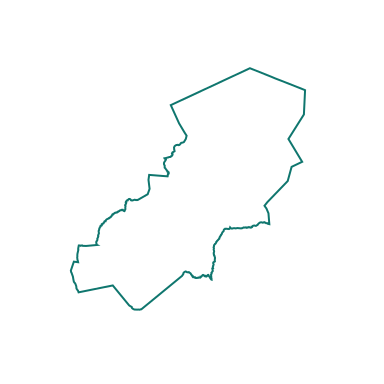 Rinconada, Jujuy, Argentina, rotated 155°
{"feature_id": "61730980B37720115941003", "entity_name": "Rinconada", "entity_type": "district", "adm_level": 2, "iso_a3": "ARG", "parent_name": "Argentina", "parent_adm1": "Jujuy", "projection": "mercator", "projection_center": [-66.377, -22.623], "detail": "fine", "context": "isolated", "style": "outline", "palette": "teal", "viewbox_px": 384, "rotation_deg": 155, "n_neighbors": 0, "source": "geoboundaries", "source_scale": "gbopen_adm2", "svg_char_len": 6120}
<svg xmlns="http://www.w3.org/2000/svg" viewBox="0 0 384 384"><g transform="rotate(155 192 192)"><path d="M174.5,279.7L174.7,259.6L173.6,248.9L173.1,245.3L175.2,242.7L178.2,240.7L179.5,240.7L180.9,241.1L181.7,240.9L182.1,240.5L183.4,240.0L183.9,240.0L184.3,240.1L184.5,240.5L185.0,240.8L185.7,240.9L186.3,241.2L187.5,241.1L188.5,240.8L189.5,239.9L189.8,239.0L190.2,238.1L190.2,237.5L190.6,236.3L191.9,236.2L192.2,236.1L192.7,236.2L193.1,235.6L193.6,235.7L193.9,235.5L194.0,235.1L194.0,234.6L193.8,234.2L194.3,233.6L194.9,233.3L195.3,233.2L195.9,233.3L196.4,232.9L196.8,232.9L197.8,233.3L198.9,233.4L199.2,233.4L199.6,233.6L201.1,233.7L201.9,234.0L202.7,234.2L202.7,233.9L202.4,233.5L201.9,233.1L201.9,232.6L201.9,232.4L203.0,231.6L204.0,231.1L205.1,230.2L205.4,229.6L205.7,228.7L205.6,227.4L205.9,226.9L206.5,225.6L206.4,225.3L206.1,224.8L206.1,224.1L205.7,222.5L205.8,222.0L205.4,221.4L205.4,221.1L205.6,220.8L205.2,220.4L205.1,220.0L204.9,219.9L204.9,219.5L205.0,219.2L205.4,219.1L205.3,218.9L205.4,218.5L205.7,218.3L206.2,218.3L206.9,217.6L207.3,217.1L207.2,216.8L207.5,216.5L223.6,225.6L226.3,221.4L229.1,212.8L233.1,208.7L244.7,207.7L245.2,208.1L245.9,208.2L246.4,208.5L247.1,209.2L249.6,209.5L250.0,209.8L250.4,209.9L250.8,210.3L250.8,211.0L251.1,211.7L251.5,212.1L252.3,212.3L252.6,212.1L253.4,212.0L253.8,211.6L254.3,211.9L254.8,211.8L255.4,211.3L255.7,210.8L255.9,210.6L256.2,210.9L256.4,210.7L256.2,209.9L256.6,209.5L256.9,209.4L257.1,209.0L257.9,208.6L258.2,208.3L258.3,208.0L258.1,207.6L258.2,207.3L259.1,206.0L259.4,205.1L259.9,204.3L260.2,204.1L260.6,204.0L261.1,203.3L261.3,203.2L261.4,203.3L261.7,203.6L261.7,204.1L261.8,204.3L262.2,204.3L262.4,204.7L262.4,205.2L263.0,205.3L263.3,205.6L263.7,205.6L264.0,205.4L264.9,205.8L265.3,205.6L266.0,205.4L266.7,205.6L267.1,205.3L267.6,205.5L268.3,205.1L269.1,205.5L269.3,205.5L269.5,205.4L269.8,205.3L270.3,205.7L270.9,205.7L271.3,205.5L271.7,205.5L272.4,205.2L272.7,205.4L272.9,205.3L273.4,205.3L273.5,204.9L274.1,204.9L274.7,204.6L274.8,204.3L275.4,204.1L275.7,203.8L276.3,203.8L276.7,203.5L277.4,203.6L278.1,203.2L278.6,203.5L279.3,203.2L280.3,203.3L281.1,203.2L282.0,202.8L282.6,202.1L283.0,202.4L283.6,202.4L283.8,202.1L284.1,202.0L284.3,201.7L284.8,201.6L285.4,201.0L286.4,201.1L286.8,200.7L287.3,200.9L287.6,200.2L288.0,199.8L288.4,199.8L288.8,200.1L289.1,200.1L289.7,199.2L290.6,198.9L291.2,198.1L291.8,197.7L292.1,197.0L293.1,196.1L293.5,195.0L293.6,194.5L293.8,193.9L294.5,193.3L294.9,192.7L295.4,192.5L295.8,191.2L296.2,191.0L296.4,190.6L297.5,189.8L297.6,189.2L298.0,188.8L298.3,188.2L298.7,187.9L299.4,187.7L299.8,187.3L300.3,186.3L300.3,185.7L300.7,185.0L300.7,184.5L300.4,184.1L310.9,187.9L312.8,188.9L313.7,189.3L314.2,190.1L315.7,190.3L316.0,190.8L317.2,191.4L318.8,189.2L319.4,188.2L319.4,187.7L321.8,184.6L322.6,183.3L323.1,182.1L323.7,181.2L324.5,178.8L324.5,178.2L324.9,176.5L328.5,178.8L335.0,172.0L335.4,170.4L335.3,169.9L335.7,165.6L336.4,163.1L337.0,160.6L336.8,159.4L336.6,158.9L336.5,158.3L336.7,155.6L337.5,153.3L337.2,151.3L337.0,150.9L337.2,149.0L303.3,140.8L296.9,115.8L296.1,114.5L295.2,113.3L295.4,112.4L295.4,112.1L294.9,111.1L294.4,110.4L293.8,109.8L291.5,108.6L290.0,108.0L289.3,107.5L288.9,107.4L288.2,107.4L287.5,107.1L236.4,120.2L235.7,120.7L234.9,121.0L234.6,121.3L234.4,121.7L233.8,122.3L232.6,122.7L231.6,122.7L231.2,122.6L230.4,121.4L229.7,121.0L229.4,120.9L229.3,120.7L228.9,120.7L228.7,120.7L227.6,118.6L227.7,117.7L227.4,117.0L227.4,116.6L227.3,115.6L227.1,115.8L226.9,115.8L226.8,115.6L226.8,114.8L226.6,114.3L226.2,113.7L226.0,113.8L225.4,113.6L225.3,113.4L225.1,113.2L225.2,112.8L225.1,112.6L224.2,112.1L223.6,112.0L222.9,111.6L222.6,111.6L222.3,111.8L221.5,111.3L221.0,111.3L221.0,111.1L220.8,111.0L220.4,111.4L220.3,111.1L219.9,111.3L219.4,111.3L217.5,112.2L217.1,112.2L216.9,112.1L216.6,111.7L216.2,110.4L215.4,109.9L215.1,109.5L214.9,109.5L214.8,109.9L214.6,109.7L214.5,109.3L214.3,109.3L214.0,109.4L213.4,109.9L212.6,110.1L212.3,110.0L212.2,109.4L212.2,108.5L212.0,107.7L211.6,107.4L211.4,107.1L211.8,106.7L211.9,106.3L211.5,104.5L211.3,104.3L210.9,105.3L211.1,105.7L211.0,106.0L210.5,106.6L210.5,107.2L210.4,107.4L210.1,107.6L209.8,109.0L209.4,109.1L209.1,109.6L208.6,109.9L208.5,110.6L206.7,111.5L206.4,112.4L206.2,112.5L206.0,114.0L205.6,114.2L205.3,114.0L205.1,114.0L205.0,115.1L204.2,115.8L204.1,116.2L203.8,116.3L203.0,117.2L202.9,118.5L202.7,118.9L202.2,119.3L200.8,119.3L200.5,119.5L200.4,120.2L199.9,121.0L199.7,121.6L199.3,122.0L198.9,122.8L198.8,123.9L198.6,124.4L198.8,124.7L198.8,125.3L198.7,126.0L198.4,126.2L198.2,127.5L197.4,128.3L197.1,128.7L196.8,129.7L196.8,130.3L196.7,130.7L195.9,131.7L195.8,132.8L195.2,133.2L194.7,134.2L194.3,134.6L193.5,134.9L193.2,135.2L192.7,135.2L191.8,135.7L191.4,136.0L191.1,136.5L190.8,136.5L190.3,136.8L189.9,137.1L189.6,137.1L188.9,137.5L188.6,137.5L188.3,137.7L187.6,137.9L187.3,138.2L187.0,138.2L186.8,138.6L186.4,138.8L186.1,139.3L185.6,139.7L185.2,139.7L184.4,140.5L183.9,140.6L183.7,141.0L182.8,141.3L182.3,141.9L181.5,142.6L180.0,143.1L179.2,144.2L178.7,144.5L178.1,144.5L177.6,144.7L177.2,144.4L176.7,144.4L175.4,143.5L174.9,143.4L174.5,143.0L174.2,142.8L173.6,142.8L173.1,143.0L172.4,143.8L172.3,143.5L172.2,142.9L171.7,142.2L170.8,141.8L170.3,141.8L169.3,141.5L168.5,141.1L167.9,140.6L166.0,140.1L162.8,138.2L162.3,138.2L161.9,138.0L161.4,137.9L160.4,138.1L159.9,137.9L159.6,137.6L158.4,137.3L158.0,136.7L157.7,136.5L157.4,136.6L157.1,136.4L156.9,136.6L156.0,136.1L155.2,136.2L154.5,135.3L153.7,134.8L153.4,134.9L153.1,134.8L152.7,134.8L152.6,135.1L152.3,134.9L152.1,135.0L151.6,135.5L150.8,135.6L149.5,135.2L148.9,134.6L148.4,134.3L147.8,134.3L147.2,134.5L146.6,134.4L145.2,135.2L143.5,135.6L142.4,135.4L141.6,135.0L140.9,134.3L140.3,134.2L140.1,134.2L139.8,134.0L139.4,134.1L139.3,133.9L139.0,133.8L138.8,133.4L138.3,133.1L138.1,132.5L137.3,132.0L136.3,131.6L136.2,131.2L136.4,130.9L135.5,130.2L131.7,140.4L131.5,145.6L131.9,147.6L132.1,148.9L127.9,151.0L100.6,161.5L91.1,172.7L79.4,172.8L82.2,199.3L57.8,215.0L46.5,236.5L47.1,237.2L63.5,254.5L68.6,259.8L71.3,262.8L87.2,279.7L174.5,279.7Z" fill="none" stroke="#0f766e" stroke-width="2"/></g></svg>